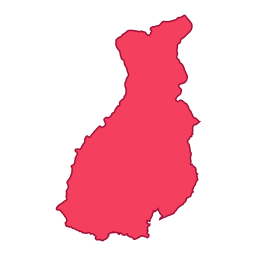 outline of El Peñol, Nariño, Colombia
{"feature_id": "7082276B8054790353271", "entity_name": "El Peñol", "entity_type": "district", "adm_level": 2, "iso_a3": "COL", "parent_name": "Colombia", "parent_adm1": "Nariño", "projection": "albers", "projection_center": [-77.43, 1.524], "detail": "fine", "context": "isolated", "style": "filled", "palette": "rose", "viewbox_px": 256, "rotation_deg": 0, "n_neighbors": 0, "source": "geoboundaries", "source_scale": "gbopen_adm2", "svg_char_len": 5871}
<svg xmlns="http://www.w3.org/2000/svg" viewBox="0 0 256 256"><path d="M199.6,121.6L198.9,121.4L197.0,119.4L195.7,118.3L193.6,117.5L193.1,117.0L192.5,115.1L191.2,112.7L190.7,111.2L190.3,110.6L189.3,109.9L189.0,109.3L188.7,107.9L188.0,106.1L186.3,103.7L184.7,102.9L182.3,100.7L181.1,100.2L180.4,100.2L178.1,101.4L177.5,101.4L177.0,101.3L176.2,100.8L175.7,99.8L175.9,98.7L176.7,97.3L178.1,95.7L180.3,94.1L181.2,91.8L181.4,90.2L181.3,89.4L179.5,87.7L178.8,86.7L178.7,86.0L179.1,84.8L180.1,84.1L183.9,83.0L184.5,82.6L186.2,81.0L187.1,78.4L187.3,77.1L187.1,75.7L185.4,72.0L185.1,71.0L184.2,69.5L184.1,68.3L182.6,65.0L181.2,63.5L180.4,63.2L179.8,62.6L179.2,60.4L177.0,58.1L176.6,57.1L176.8,56.0L177.5,54.1L177.5,53.2L177.0,51.9L176.8,50.0L177.4,47.2L177.3,45.5L177.6,44.5L177.9,44.1L179.1,43.4L180.1,42.4L180.5,41.6L180.4,40.8L181.0,39.3L182.3,38.3L183.3,37.9L189.7,31.7L191.1,29.7L191.8,28.0L192.0,25.7L191.5,23.6L189.8,21.3L187.1,18.2L185.2,15.7L185.0,15.4L184.0,15.5L180.8,17.4L178.3,17.6L177.6,18.0L176.6,19.3L176.0,19.7L170.2,21.4L168.0,21.7L163.1,21.5L162.6,21.8L159.1,25.6L156.2,26.1L154.3,26.8L152.9,26.8L152.1,27.1L150.8,27.9L150.4,28.7L150.5,29.7L151.0,30.0L151.7,31.6L151.6,31.9L150.9,32.5L150.8,33.0L150.1,34.4L149.0,35.3L148.7,35.4L148.4,35.1L147.5,35.0L146.4,33.9L145.7,32.8L144.8,32.1L142.7,31.7L141.9,31.2L141.3,31.2L140.7,31.6L139.8,31.4L139.4,31.7L135.8,30.9L131.6,30.4L128.6,30.5L127.2,31.1L126.4,32.1L123.9,33.8L122.8,34.3L121.8,35.9L120.8,36.8L119.2,37.3L117.7,38.3L116.1,40.0L115.9,44.7L116.1,45.4L117.1,47.9L119.6,51.1L120.3,53.7L120.4,55.3L121.1,57.0L121.4,58.6L121.8,59.1L123.5,60.2L124.0,60.7L124.5,64.2L126.8,68.5L127.5,71.9L128.0,72.6L128.6,74.7L128.4,75.7L126.5,78.6L126.0,81.1L125.3,82.4L125.0,83.4L125.1,86.5L125.6,87.4L126.2,89.8L126.0,93.3L125.8,94.3L125.3,95.2L124.3,96.3L124.2,97.1L123.5,98.8L122.1,99.7L120.2,101.4L119.9,101.9L119.5,102.9L119.7,104.0L119.7,105.4L119.3,105.8L118.0,105.9L117.6,106.2L115.3,109.6L114.2,112.3L113.6,112.8L112.8,113.0L112.3,113.3L112.0,113.7L111.5,115.1L110.4,116.5L109.5,117.3L108.4,117.8L106.9,117.4L105.9,117.5L105.0,118.2L104.3,118.9L104.0,119.6L104.1,120.3L105.3,122.7L105.5,123.6L105.6,124.6L105.1,125.4L103.8,126.6L102.5,127.3L101.3,127.2L100.3,126.2L99.6,126.1L99.3,126.3L94.1,131.8L93.4,133.0L91.7,134.6L90.8,136.1L89.7,137.2L88.9,137.3L87.5,136.1L87.1,136.0L86.4,136.3L84.9,138.8L84.7,142.5L83.2,144.0L80.8,148.6L79.9,149.4L78.4,149.1L77.8,149.1L77.4,149.3L76.1,149.2L75.6,149.3L75.4,149.7L75.2,150.3L75.4,151.2L75.7,151.6L76.9,152.2L77.3,152.9L77.4,154.1L75.3,158.1L75.3,159.7L74.9,160.5L74.9,162.1L74.3,163.7L74.1,164.2L73.2,164.9L71.3,165.9L71.4,166.8L71.9,167.5L72.2,169.5L72.0,171.0L72.0,172.2L71.6,173.9L70.0,177.8L68.8,179.6L67.5,181.2L67.1,182.1L67.1,182.9L68.2,185.3L68.4,186.6L68.0,188.3L66.4,190.8L66.6,194.8L66.3,195.9L66.2,196.7L66.4,197.6L66.8,198.3L66.8,199.3L66.1,200.3L64.5,201.2L61.6,203.5L59.9,204.4L58.2,205.7L56.8,207.6L56.4,209.0L56.5,209.4L57.6,209.9L59.9,210.2L60.5,210.6L61.7,212.3L63.2,213.7L65.0,216.6L65.9,217.5L66.7,219.3L66.7,221.4L66.4,221.8L65.2,223.0L65.7,223.6L65.6,224.9L66.6,226.3L67.5,226.2L69.6,227.1L70.4,226.7L70.8,226.7L72.4,228.2L73.1,228.4L74.2,228.4L75.3,229.3L78.6,230.6L79.7,231.5L80.6,231.3L81.1,231.4L81.7,231.8L82.1,232.5L82.8,232.5L84.3,233.1L85.2,233.0L86.5,233.3L88.2,232.8L89.0,232.8L90.1,233.1L90.6,234.1L91.8,233.7L92.6,233.7L93.5,234.1L94.0,235.0L94.8,235.2L95.8,236.0L96.0,236.7L95.4,237.5L95.4,238.3L96.3,239.6L97.0,239.8L98.8,239.7L99.5,239.3L101.0,240.3L101.7,240.2L102.8,240.6L103.5,240.5L104.1,239.5L105.5,239.3L106.7,238.1L107.5,237.7L107.8,236.6L108.7,235.8L108.7,235.4L108.2,234.6L108.4,234.2L109.0,233.9L110.2,233.0L110.8,233.0L111.7,232.6L112.5,232.6L112.7,232.0L112.9,231.9L113.4,232.0L113.8,232.7L114.8,232.2L116.8,232.6L118.5,233.5L118.5,234.1L119.3,234.1L119.3,232.9L120.1,232.7L120.7,233.3L121.6,233.7L122.5,234.7L124.3,235.2L125.7,234.9L127.1,233.9L127.5,234.5L127.5,235.3L127.8,235.7L128.5,236.1L129.1,236.1L129.9,237.0L130.6,236.7L131.3,236.8L131.9,237.5L133.0,238.1L133.5,239.0L134.0,239.2L134.8,239.3L135.8,238.7L137.2,238.5L138.2,237.5L139.2,237.3L141.5,235.7L142.7,236.2L143.4,235.9L145.0,236.7L146.0,236.8L147.1,237.7L147.9,237.3L148.7,236.6L148.8,235.5L148.6,235.3L148.8,234.8L148.0,234.1L147.6,233.3L147.2,233.3L147.0,232.8L147.3,232.0L147.9,231.4L147.7,230.4L147.2,230.3L147.2,229.9L147.7,229.3L147.3,227.6L148.0,226.5L149.6,225.3L149.9,224.2L148.3,224.0L147.1,223.4L147.0,222.7L147.4,221.7L147.1,221.3L147.1,220.6L149.8,221.4L150.3,219.1L152.2,215.5L152.4,213.8L153.3,212.0L153.2,211.8L153.6,211.0L153.8,210.8L154.8,211.6L157.0,209.9L158.0,208.6L158.5,210.5L159.5,212.0L160.0,213.4L160.7,214.3L162.3,215.7L162.2,216.5L160.8,217.6L159.9,218.8L159.8,219.4L161.4,218.6L163.0,217.7L165.6,216.8L166.7,216.2L169.4,215.1L170.5,214.9L171.5,214.2L172.9,213.9L174.2,212.9L175.0,211.4L176.6,209.8L177.5,208.1L178.6,207.4L179.7,206.2L180.6,205.9L181.3,205.3L181.7,205.1L182.2,204.7L183.2,204.2L183.9,202.9L185.6,201.4L185.8,201.0L185.8,200.3L186.3,199.7L186.1,199.2L186.7,197.9L187.4,198.0L188.8,197.0L190.5,196.4L190.9,195.7L190.9,195.1L191.3,193.7L192.2,192.6L193.0,192.1L193.2,191.7L192.4,190.8L192.3,190.0L193.1,189.0L193.5,187.2L194.1,186.5L195.5,184.0L196.0,182.0L197.7,179.6L197.7,178.9L197.0,177.8L197.1,176.7L196.6,176.0L196.7,175.2L197.4,174.2L197.5,173.8L196.6,173.4L195.9,171.9L196.0,169.4L195.9,169.2L195.6,169.0L195.6,168.0L194.2,166.7L192.6,165.7L191.9,164.3L190.9,164.7L190.5,164.4L190.5,163.1L191.0,161.7L190.4,158.8L190.5,156.7L191.1,155.1L191.0,152.6L190.0,151.3L190.1,150.2L189.8,147.8L189.0,144.5L187.6,142.2L187.5,141.1L187.6,140.6L189.3,138.8L190.3,136.6L191.1,136.3L191.3,136.5L191.8,136.1L191.7,134.9L192.8,133.8L192.7,133.4L192.1,132.8L192.8,130.9L192.6,128.2L192.7,127.3L193.5,125.5L194.3,124.8L196.2,124.4L196.8,124.0L199.0,122.2L199.6,121.6Z" fill="#f43f5e" stroke="#9f1239" stroke-width="1.5"/></svg>